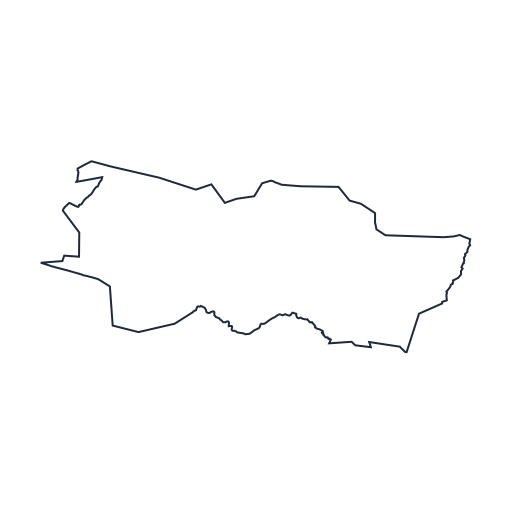 San Felipe Usila, Oaxaca, Mexico (Robinson projection), rotated 264°
{"feature_id": "50627088B9279782447433", "entity_name": "San Felipe Usila", "entity_type": "district", "adm_level": 2, "iso_a3": "MEX", "parent_name": "Mexico", "parent_adm1": "Oaxaca", "projection": "robinson", "projection_center": [-96.517, 17.82], "detail": "fine", "context": "isolated", "style": "outline", "palette": "slate", "viewbox_px": 512, "rotation_deg": 264, "n_neighbors": 0, "source": "geoboundaries", "source_scale": "gbopen_adm2", "svg_char_len": 4672}
<svg xmlns="http://www.w3.org/2000/svg" viewBox="0 0 512 512"><g transform="rotate(264 256 256)"><path d="M367.4,102.3L364.9,95.7L361.6,87.7L360.8,87.6L360.6,87.6L359.9,87.5L359.3,88.0L358.3,88.0L357.6,88.2L357.2,87.9L355.6,87.7L355.1,87.3L354.4,87.4L353.0,86.8L352.4,86.7L352.0,86.7L351.5,86.7L350.6,86.5L349.7,85.9L349.2,85.5L349.1,85.4L348.5,85.1L349.2,94.9L350.5,111.3L349.4,110.9L348.8,110.7L347.7,110.3L347.2,109.8L346.8,109.2L346.1,108.6L345.8,108.4L345.3,107.9L344.3,107.3L343.8,107.0L343.0,106.7L342.3,106.3L341.9,106.1L341.6,105.8L341.5,104.7L341.2,104.2L340.9,103.8L340.4,103.4L340.1,103.1L339.6,102.5L339.0,102.0L338.2,101.4L336.9,100.4L335.8,99.5L335.5,99.2L334.9,98.7L334.5,98.3L334.1,97.6L333.8,97.2L333.6,96.4L332.5,95.3L332.0,94.5L331.7,93.8L331.5,93.4L331.3,93.0L330.9,92.7L329.8,91.3L329.3,90.7L328.9,90.5L328.1,89.8L327.5,89.2L326.9,88.8L326.3,88.4L326.1,88.2L325.7,87.8L325.4,87.0L325.5,86.2L325.4,85.8L325.1,85.3L324.3,85.1L323.7,84.8L323.4,84.2L323.6,83.6L323.9,83.2L324.1,82.8L324.4,82.3L324.5,81.9L324.8,81.4L325.4,80.6L325.6,80.2L326.7,78.6L327.0,78.0L327.4,77.5L328.1,76.2L328.3,75.7L325.3,71.9L324.9,71.2L324.1,70.5L323.4,69.8L322.6,69.3L321.9,68.8L321.2,68.7L297.8,82.7L273.8,79.9L276.4,65.3L271.2,62.9L271.8,41.2L269.4,46.8L267.1,51.9L266.3,53.9L261.1,67.6L255.8,80.7L255.6,81.2L255.0,81.8L253.7,86.1L253.2,87.2L251.9,90.8L251.2,92.5L250.1,95.1L250.0,95.4L249.6,96.5L241.0,107.5L201.8,106.2L192.6,131.2L197.0,166.6L197.0,167.7L206.7,187.3L207.2,187.7L207.7,188.3L208.0,189.2L208.2,190.1L208.3,190.7L208.7,190.9L209.3,191.1L209.9,191.4L210.3,191.5L210.9,191.8L211.5,192.2L211.8,192.6L212.0,193.2L211.8,193.8L211.6,194.2L211.5,194.6L211.6,195.2L211.7,195.5L212.1,196.0L211.7,196.6L211.4,197.2L211.0,197.8L210.7,198.3L210.3,198.9L210.0,199.2L209.6,199.8L209.1,199.9L208.6,200.1L207.8,200.6L207.4,200.5L206.8,200.6L206.3,200.8L205.3,201.0L204.9,201.4L204.6,202.0L204.3,202.7L204.2,203.3L204.3,204.0L204.6,204.6L205.1,205.3L205.2,205.8L205.3,206.7L205.4,207.2L205.4,207.9L204.9,208.5L204.5,208.6L204.0,208.7L203.5,208.5L202.6,208.6L201.6,208.4L200.9,208.8L200.2,209.3L199.7,209.5L199.3,210.2L198.9,211.0L198.7,211.4L198.4,211.9L198.1,212.7L197.6,213.0L196.5,213.7L195.6,214.9L193.6,216.4L193.4,217.8L193.4,218.2L193.4,219.1L193.7,219.6L193.9,220.1L194.0,221.0L193.7,221.7L192.7,222.1L192.0,222.1L191.1,221.9L189.4,221.6L189.0,221.6L189.1,222.5L189.0,223.9L188.8,224.6L187.6,224.8L186.6,224.4L185.9,224.2L185.3,224.1L184.3,224.6L184.0,225.3L183.9,226.4L183.7,227.1L183.4,227.6L183.1,228.3L182.0,229.4L181.8,229.9L181.6,230.9L181.4,231.5L181.2,232.1L181.0,233.1L180.8,233.8L180.6,234.3L180.5,234.8L180.5,235.2L180.3,235.7L179.6,236.4L179.3,237.0L179.3,237.4L179.3,238.2L179.3,239.0L179.3,239.8L179.3,241.0L179.7,242.3L180.2,243.2L180.7,243.9L181.1,244.6L181.7,245.4L182.1,246.2L182.5,247.2L182.9,248.3L183.3,249.6L184.1,251.5L184.4,251.7L185.0,252.3L185.8,252.7L186.7,253.0L187.7,253.5L188.1,254.3L187.8,255.5L187.7,256.1L187.8,256.6L187.8,257.4L188.2,258.2L190.2,261.6L191.8,264.5L192.5,266.1L193.2,268.3L194.0,269.7L194.5,270.6L195.0,271.6L195.2,272.1L195.3,272.5L195.5,273.0L195.4,273.8L195.2,274.3L194.9,275.1L194.3,276.1L194.3,276.9L194.6,277.6L194.9,278.2L195.1,279.0L194.5,280.0L194.1,280.6L193.4,282.4L193.3,283.3L193.9,284.4L195.8,286.2L195.7,286.8L194.6,289.2L194.3,290.0L192.4,289.8L191.7,290.2L190.8,290.3L190.1,291.0L189.6,292.0L190.1,294.1L189.9,294.3L188.9,295.4L188.1,297.5L187.6,299.9L187.7,300.4L184.4,302.6L184.4,304.3L184.0,304.3L183.9,304.7L184.1,304.9L179.9,307.7L179.0,307.2L177.6,308.6L176.6,311.1L175.6,312.9L174.2,314.6L172.8,313.4L172.3,313.6L172.3,314.7L170.8,314.7L170.8,315.0L169.0,315.8L168.0,316.4L167.6,318.7L166.6,318.8L166.5,319.6L165.9,319.8L166.0,320.7L165.2,321.1L165.0,321.6L161.5,319.6L160.7,342.1L156.8,345.4L153.3,360.7L158.6,359.6L150.8,389.5L145.0,394.3L144.6,395.7L181.6,412.1L189.3,436.1L190.9,436.3L191.9,441.1L197.6,441.3L199.4,442.1L200.6,441.6L203.2,444.3L205.1,445.9L207.1,446.9L207.9,448.9L208.6,448.7L210.4,449.6L211.1,449.4L211.2,449.9L213.2,455.0L216.3,458.0L219.6,458.3L221.9,460.2L223.3,459.1L227.1,461.4L227.1,461.9L228.0,461.9L229.4,462.6L231.2,462.7L232.3,462.5L234.6,464.3L236.0,464.0L236.9,465.3L238.0,466.7L239.8,466.8L243.1,468.6L244.3,470.1L246.0,469.5L250.3,470.8L253.6,464.2L255.6,460.9L254.8,454.9L255.1,444.4L263.1,386.9L269.9,378.6L276.9,377.9L286.2,378.9L297.0,365.8L301.3,354.9L316.1,345.3L320.7,307.5L324.2,288.9L325.1,287.3L327.4,282.5L327.8,281.9L328.8,280.5L329.1,279.0L329.4,278.7L327.7,269.7L315.6,260.5L315.4,254.7L314.9,242.4L312.1,230.6L331.9,219.1L328.3,203.1L335.3,187.4L344.0,167.9L360.1,121.3L367.4,102.3Z" fill="none" stroke="#1e293b" stroke-width="2"/></g></svg>